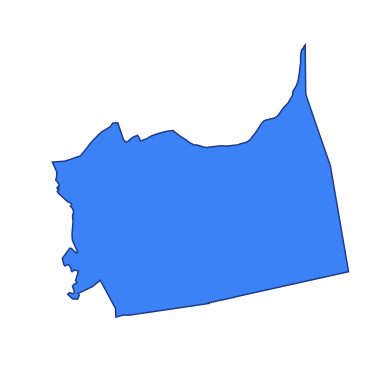 Ismailiyya, Al Isma`iliyah, Egypt (Mercator projection), rotated 256°
{"feature_id": "37247803B77757966140043", "entity_name": "Ismailiyya", "entity_type": "district", "adm_level": 2, "iso_a3": "EGY", "parent_name": "Egypt", "parent_adm1": "Al Isma`iliyah", "projection": "mercator", "projection_center": [32.24, 30.424], "detail": "fine", "context": "isolated", "style": "filled", "palette": "blue", "viewbox_px": 384, "rotation_deg": 256, "n_neighbors": 0, "source": "geoboundaries", "source_scale": "gbopen_adm2", "svg_char_len": 3261}
<svg xmlns="http://www.w3.org/2000/svg" viewBox="0 0 384 384"><g transform="rotate(256 192 192)"><path d="M89.0,87.9L89.1,88.6L89.2,95.6L88.5,98.5L87.7,101.1L80.6,173.2L79.7,182.4L80.4,181.1L80.5,181.0L80.3,186.2L79.6,207.7L79.8,207.7L76.8,324.1L76.7,324.6L184.2,332.6L227.5,328.7L259.1,326.0L261.8,326.6L307.3,337.4L306.2,335.9L304.0,334.4L304.3,334.1L303.6,333.0L301.8,331.9L298.5,330.5L291.3,328.7L285.8,326.5L281.5,325.0L278.6,323.6L275.6,322.5L273.5,321.4L272.0,320.3L270.2,319.3L265.4,314.5L263.3,313.4L261.9,313.4L261.5,313.0L260.4,311.9L258.2,309.7L256.7,308.3L254.9,306.4L253.4,304.0L253.1,303.5L251.6,301.3L250.2,299.5L248.0,297.0L246.1,294.8L244.7,292.6L243.9,290.4L243.9,287.9L243.9,280.9L243.5,278.7L240.6,274.7L238.7,272.9L236.5,270.7L232.9,266.4L231.0,263.8L228.8,261.3L228.2,259.8L227.7,258.7L227.4,257.2L227.0,255.4L227.0,253.2L227.0,250.7L226.6,246.3L226.9,245.9L226.9,245.6L227.3,243.4L227.6,240.8L228.0,237.9L228.7,234.6L229.7,232.0L230.8,224.3L231.1,221.4L231.5,219.2L231.5,217.8L231.8,216.7L232.2,215.6L233.2,213.4L233.6,212.7L234.7,211.2L236.1,208.6L236.5,208.2L236.8,206.4L237.9,204.6L239.7,202.4L241.9,200.5L245.1,197.9L246.9,196.1L248.4,194.6L250.5,192.8L256.3,188.4L256.3,188.0L257.0,182.9L257.0,179.6L256.9,173.4L256.6,169.7L256.2,166.1L254.7,161.0L254.3,157.7L254.2,156.8L254.0,154.5L258.3,153.6L260.1,152.9L259.7,148.9L259.0,146.7L258.0,144.8L256.4,141.9L256.4,139.7L257.1,139.4L259.6,138.2L277.1,136.7L278.1,131.9L277.5,131.2L275.2,128.6L272.0,118.5L267.1,110.1L263.4,104.6L259.3,99.6L254.0,92.4L252.7,76.1L254.8,63.7L244.1,65.7L239.3,64.2L236.6,62.7L234.5,63.7L232.7,64.4L230.3,64.9L229.7,63.2L229.5,63.3L229.4,63.3L229.2,63.3L228.7,63.5L228.2,63.6L228.1,63.3L228.1,63.2L228.7,63.0L228.8,63.0L228.8,62.9L228.7,62.8L228.7,62.7L228.5,62.8L228.4,62.7L228.2,62.6L228.2,62.4L228.1,62.5L228.1,62.4L227.7,62.3L227.7,62.5L227.6,62.8L227.5,62.4L226.8,62.7L225.7,63.0L225.2,61.6L225.2,61.4L224.5,61.5L224.0,61.7L223.6,61.9L223.6,62.0L222.8,62.3L222.2,62.6L221.5,63.1L220.2,64.0L218.9,64.9L217.6,65.8L216.2,66.6L214.9,67.5L213.6,68.4L212.9,69.0L212.6,69.3L212.5,69.2L212.3,69.6L212.2,69.7L211.6,70.4L211.4,70.7L211.1,71.0L210.1,71.9L209.4,72.4L209.2,72.2L208.7,71.8L207.5,70.5L207.4,70.6L206.4,71.3L205.8,71.6L205.3,71.8L204.7,72.0L204.4,72.1L203.8,72.2L203.0,72.3L202.5,72.3L201.8,72.3L201.1,72.1L200.4,71.9L199.8,71.6L199.0,71.2L199.1,70.8L197.9,70.4L196.3,70.0L195.3,69.8L192.9,69.7L180.2,65.4L176.4,64.7L174.3,64.3L171.8,64.7L167.8,65.4L163.1,66.2L160.9,66.3L160.9,65.8L161.2,64.7L161.6,64.4L162.3,64.0L163.0,63.3L164.0,62.8L166.3,61.4L166.7,60.7L167.0,59.9L166.7,59.5L164.6,56.9L161.4,53.1L160.1,51.5L158.9,50.1L156.4,50.1L152.4,50.1L150.9,50.9L151.2,52.0L151.6,53.8L151.7,54.1L151.3,54.5L150.2,55.3L147.3,56.0L146.2,56.0L145.1,55.9L144.1,56.0L143.7,56.4L144.1,57.5L144.5,58.1L144.8,58.6L144.6,59.0L143.0,62.6L139.4,60.8L137.2,59.3L135.3,58.3L133.9,57.5L133.2,57.9L132.4,58.3L131.7,58.3L131.3,56.8L130.9,55.0L129.5,53.2L126.5,53.5L124.0,53.9L122.6,53.2L122.2,51.7L122.3,51.5L124.0,48.8L122.9,46.6L117.1,50.3L115.7,55.1L115.8,55.2L117.7,56.7L118.2,57.0L119.0,57.6L120.5,57.1L121.1,56.9L124.2,72.2L124.3,72.4L124.4,72.7L125.4,74.8L126.3,76.9L128.6,81.6L97.7,89.6L89.0,87.9Z" fill="#3b82f6" stroke="#1e3a8a" stroke-width="1.5"/></g></svg>